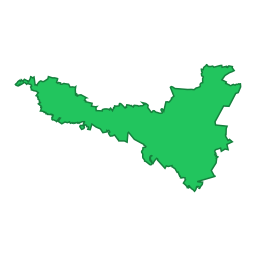 outline of Cereté, Córdoba, Colombia
{"feature_id": "7082276B12261061715125", "entity_name": "Cereté", "entity_type": "district", "adm_level": 2, "iso_a3": "COL", "parent_name": "Colombia", "parent_adm1": "Córdoba", "projection": "albers", "projection_center": [-75.84, 8.882], "detail": "fine", "context": "isolated", "style": "filled", "palette": "green", "viewbox_px": 256, "rotation_deg": 0, "n_neighbors": 0, "source": "geoboundaries", "source_scale": "gbopen_adm2", "svg_char_len": 5770}
<svg xmlns="http://www.w3.org/2000/svg" viewBox="0 0 256 256"><path d="M183.4,183.1L185.6,185.0L187.0,186.7L187.3,186.7L187.2,187.6L187.6,187.7L187.7,186.8L188.0,186.8L188.0,187.7L188.3,187.8L188.5,185.8L189.3,185.9L189.2,187.5L190.4,187.2L191.2,188.5L193.3,189.9L194.5,191.3L195.3,190.4L195.9,189.3L196.5,187.2L196.9,186.5L197.2,186.5L197.4,187.1L198.3,186.5L199.0,186.9L199.5,187.4L199.1,188.3L199.6,188.4L200.8,186.2L202.0,184.8L202.4,183.9L202.6,182.1L200.3,182.1L197.2,181.6L215.6,176.2L214.6,176.1L214.2,175.8L211.3,170.5L216.1,162.9L216.6,159.1L216.2,158.2L217.6,157.4L217.9,156.8L215.9,156.1L216.4,155.1L216.0,154.9L215.4,154.4L214.9,154.6L214.9,154.4L215.4,154.2L215.2,153.9L215.7,153.6L215.9,153.3L215.1,152.3L214.7,151.1L215.5,149.7L220.3,148.2L220.6,148.1L221.3,151.3L225.1,149.0L228.1,149.7L226.9,144.4L232.3,141.8L229.5,139.4L228.1,140.5L225.8,136.6L225.5,135.1L225.6,134.3L226.0,134.4L226.2,128.6L227.1,126.2L215.6,125.0L215.0,121.8L223.6,106.0L229.0,106.3L235.7,93.4L238.2,92.6L240.6,87.0L240.6,85.9L240.4,83.8L240.1,83.8L239.7,84.2L238.8,83.8L237.7,84.4L236.2,84.3L235.1,85.2L233.3,84.4L230.9,85.6L230.3,85.6L229.6,85.3L228.8,84.6L228.1,84.5L226.7,83.7L225.7,83.5L226.3,82.0L221.9,79.8L225.0,75.5L229.4,72.7L232.0,71.7L234.2,70.6L232.2,67.8L232.4,66.6L228.8,65.9L227.6,67.5L226.7,67.2L227.0,66.6L226.7,66.3L222.1,67.3L221.7,65.4L220.3,65.5L214.0,67.2L213.9,66.9L213.3,66.7L213.0,66.3L212.5,66.1L210.5,66.6L209.8,66.4L209.1,66.7L207.9,66.2L207.8,65.8L207.3,65.6L207.0,64.8L206.5,64.7L206.0,65.6L203.9,67.3L203.2,68.8L203.2,69.6L202.2,69.6L201.4,69.2L201.3,69.7L201.6,70.5L201.6,71.3L202.1,71.9L202.3,72.6L201.4,73.6L201.7,75.8L203.0,76.4L203.3,77.0L202.6,78.6L202.7,82.6L201.2,83.0L200.3,83.9L200.1,84.7L200.3,86.1L200.0,86.7L197.8,87.6L196.1,88.0L194.1,89.7L191.6,89.4L187.6,89.5L174.9,88.5L173.0,87.2L171.6,86.6L171.2,86.6L170.4,87.3L173.9,96.2L171.4,98.2L171.8,98.9L169.4,101.8L168.7,102.3L167.9,101.8L165.9,101.9L163.8,111.1L162.5,109.0L161.9,108.8L161.3,109.1L161.0,109.6L161.1,110.3L162.5,112.4L162.1,113.0L161.0,113.3L159.2,113.2L157.5,112.5L156.3,112.4L155.7,111.9L155.0,111.6L154.5,110.9L153.8,110.7L152.9,110.9L151.8,112.3L151.2,112.3L147.8,107.6L147.8,107.1L148.1,105.4L147.8,104.9L145.8,103.5L142.4,102.7L143.7,103.9L145.5,104.4L143.8,104.5L143.0,105.5L142.6,105.8L140.6,105.8L138.5,106.3L137.9,105.7L134.3,105.3L134.0,106.0L133.7,105.9L133.2,107.0L131.7,105.9L131.7,106.1L129.0,105.1L126.8,104.8L126.5,106.1L125.7,107.1L126.2,107.4L125.1,108.0L121.5,104.3L120.6,103.6L119.7,103.5L119.2,104.2L119.4,105.5L118.9,105.9L116.4,106.2L114.6,105.9L114.3,107.8L113.6,107.7L113.3,108.7L112.5,110.7L110.6,108.1L109.9,108.8L109.6,109.9L108.1,109.1L106.1,108.9L104.3,109.0L102.4,109.6L102.3,110.9L96.2,110.6L95.9,107.6L96.8,106.6L95.6,106.8L91.5,106.2L92.1,103.3L85.5,101.7L85.7,100.8L84.5,100.3L85.7,97.9L86.5,97.8L81.0,94.8L78.6,95.1L77.7,96.0L77.2,96.1L76.6,94.4L76.9,94.2L76.7,94.0L76.1,95.0L75.6,95.0L75.3,89.4L75.7,86.7L74.9,87.3L72.6,86.9L70.1,87.1L68.6,84.2L64.6,83.7L64.0,83.4L62.0,84.2L60.4,84.1L60.5,82.9L58.4,82.5L57.9,83.3L56.5,82.4L57.7,78.8L57.3,78.5L54.8,77.9L52.6,77.9L48.4,76.6L47.9,78.8L43.9,81.5L42.2,81.6L40.9,80.9L39.4,81.6L37.6,83.9L37.0,85.4L35.9,84.7L35.1,84.9L34.0,77.0L32.5,77.9L31.3,76.9L30.7,76.7L30.2,78.8L28.5,81.9L27.8,81.5L27.7,80.8L26.9,80.6L24.4,79.3L23.0,81.2L21.2,79.7L20.6,81.3L19.6,80.3L17.9,81.6L17.1,82.8L15.4,84.4L16.0,85.2L18.1,86.0L18.6,85.2L19.3,85.4L19.4,85.1L19.6,85.1L19.4,84.7L20.0,84.2L21.1,84.5L23.1,83.3L23.8,82.5L25.1,82.8L26.7,84.3L27.5,83.5L30.8,84.5L31.6,86.1L30.6,87.0L31.6,89.4L31.4,89.8L31.9,90.0L32.0,89.9L33.5,90.6L36.1,91.1L38.3,92.7L36.1,95.7L37.9,96.4L37.7,97.4L38.0,97.4L38.3,98.8L38.1,98.8L38.1,99.3L39.4,100.1L39.4,102.5L39.9,102.1L40.4,102.7L38.4,103.9L41.0,106.0L40.8,107.4L41.5,107.4L41.0,109.6L40.4,111.0L42.0,111.1L44.2,111.8L44.2,112.4L45.9,112.5L45.9,113.7L47.5,113.8L47.5,114.4L51.0,114.6L51.0,114.2L51.5,114.3L51.5,114.6L52.2,114.6L52.1,115.1L53.1,115.2L52.5,117.3L51.9,117.3L52.0,119.5L52.5,119.9L52.9,119.6L54.6,120.3L55.7,120.8L56.6,121.6L59.4,117.8L60.4,118.1L58.1,121.3L61.8,123.8L65.0,122.0L67.4,122.7L69.5,121.9L70.4,123.3L72.1,122.7L72.4,123.2L73.8,122.9L74.0,123.4L75.5,122.8L75.6,123.0L77.6,122.4L77.8,123.1L79.1,122.6L79.2,123.1L82.0,121.7L85.1,121.7L84.6,121.9L83.8,123.0L82.9,125.5L80.3,125.4L79.8,126.6L81.6,129.4L83.5,128.7L84.4,127.7L83.6,125.6L84.4,125.8L84.9,124.6L86.5,125.3L86.4,125.8L86.8,126.7L87.9,126.7L88.6,127.2L87.8,129.3L90.2,129.7L91.9,124.1L96.0,127.0L100.4,128.9L102.9,132.7L106.8,131.9L106.9,130.8L107.4,131.4L108.0,130.7L108.1,131.0L109.0,130.6L109.8,132.0L108.5,132.8L109.0,134.2L110.3,136.1L112.5,135.9L114.6,135.0L117.8,139.4L118.0,139.3L118.8,140.9L124.4,140.9L127.1,142.2L127.9,133.1L128.6,132.3L134.3,139.3L143.8,144.4L143.9,145.1L145.8,146.4L145.8,146.8L145.2,147.4L143.6,147.4L143.0,147.6L142.8,149.8L141.8,151.0L141.6,151.7L141.7,152.4L142.4,153.3L142.8,154.3L142.7,156.4L142.9,157.9L144.5,159.9L144.6,161.1L145.9,161.5L149.8,164.6L150.7,164.8L151.6,164.5L151.9,164.1L152.0,162.9L149.9,160.2L149.9,158.7L149.7,158.7L149.7,158.4L149.8,157.3L150.1,157.3L150.0,157.0L150.6,156.1L150.6,155.9L151.6,155.6L151.8,155.8L151.0,156.2L150.4,157.4L150.3,158.3L150.0,158.5L150.2,158.4L150.4,158.7L150.3,159.0L150.6,159.4L150.6,160.2L150.4,160.3L150.8,160.6L150.9,161.0L151.2,160.8L151.5,161.0L151.1,161.5L151.6,162.2L151.8,162.1L151.9,162.6L153.1,163.4L153.5,162.5L155.0,160.2L156.6,158.3L157.5,158.8L157.5,159.6L157.8,159.8L157.6,160.1L165.0,168.3L166.3,165.9L168.2,166.5L172.0,165.6L172.0,166.8L173.1,167.3L174.0,168.1L174.9,168.5L177.1,172.3L178.0,172.0L179.8,176.3L180.2,176.2L180.6,177.2L180.6,177.8L181.2,177.7L181.8,178.0L182.9,177.5L185.1,177.9L185.1,179.4L185.5,179.7L183.4,183.1Z" fill="#22c55e" stroke="#15803d" stroke-width="1.5"/></svg>